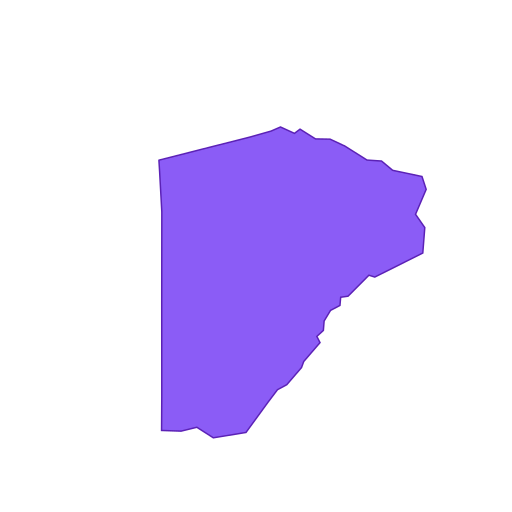 outline of Harnett, North Carolina, United States of America, rotated 323°
{"feature_id": "52423323B77740585629691", "entity_name": "Harnett", "entity_type": "district", "adm_level": 2, "iso_a3": "USA", "parent_name": "United States of America", "parent_adm1": "North Carolina", "projection": "equal_earth", "projection_center": [-78.826, 35.388], "detail": "fine", "context": "isolated", "style": "filled", "palette": "violet", "viewbox_px": 512, "rotation_deg": 323, "n_neighbors": 0, "source": "geoboundaries", "source_scale": "gbopen_adm2", "svg_char_len": 816}
<svg xmlns="http://www.w3.org/2000/svg" viewBox="0 0 512 512"><g transform="rotate(323 256 256)"><path d="M391.0,354.0L407.9,334.9L408.5,318.7L432.0,305.2L436.4,292.4L416.7,269.8L413.4,255.7L402.4,246.2L392.9,221.1L392.3,220.2L392.1,219.8L385.5,207.3L374.0,198.3L367.5,181.2L360.5,181.2L353.2,167.7L343.2,165.3L326.7,158.9L324.9,158.2L324.1,157.9L319.0,155.8L276.4,137.9L271.6,135.9L237.0,121.4L236.2,121.1L235.9,121.4L229.8,130.6L229.2,131.5L207.6,163.7L207.5,163.8L207.4,164.0L151.9,237.5L96.2,311.5L75.6,338.5L90.8,350.8L105.7,357.2L112.5,375.5L141.8,390.9L177.6,380.0L192.7,375.7L203.1,377.3L225.2,372.5L230.6,369.0L255.0,363.7L256.2,356.8L265.0,356.0L271.3,348.9L282.8,344.3L293.3,346.0L298.8,339.9L305.3,343.5L334.6,339.3L338.2,344.3L391.0,354.0Z" fill="#8b5cf6" stroke="#5b21b6" stroke-width="1.5"/></g></svg>